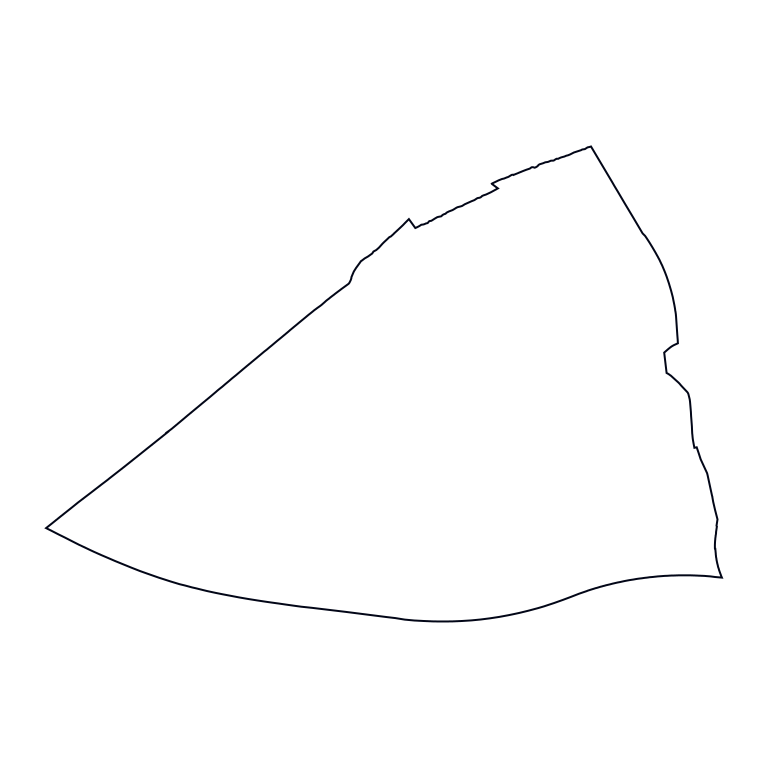 Vlaardingen, Zuid-Holland, Netherlands (Equal Earth projection)
{"feature_id": "6326949B79705923764982", "entity_name": "Vlaardingen", "entity_type": "district", "adm_level": 2, "iso_a3": "NLD", "parent_name": "Netherlands", "parent_adm1": "Zuid-Holland", "projection": "equal_earth", "projection_center": [4.333, 51.923], "detail": "fine", "context": "isolated", "style": "outline", "palette": "ink", "viewbox_px": 768, "rotation_deg": 0, "n_neighbors": 0, "source": "geoboundaries", "source_scale": "gbopen_adm2", "svg_char_len": 6037}
<svg xmlns="http://www.w3.org/2000/svg" viewBox="0 0 768 768"><path d="M46.1,528.1L51.7,530.9L58.9,534.6L64.6,537.4L72.6,541.5L79.1,544.8L85.7,547.9L90.5,550.2L94.6,552.1L101.1,555.0L108.6,558.2L115.3,561.1L122.9,564.2L131.5,567.7L139.9,571.0L146.9,573.5L152.9,575.6L158.9,577.7L164.2,579.4L170.4,581.4L179.6,584.2L184.6,585.4L189.1,586.6L192.0,587.4L196.4,588.4L202.8,590.0L206.9,591.0L210.1,591.7L215.7,592.9L222.2,594.2L229.6,595.6L239.0,597.4L248.3,599.0L257.7,600.5L265.6,601.7L271.9,602.6L278.5,603.5L286.1,604.6L294.6,605.8L301.2,606.7L307.9,607.4L312.5,607.9L345.9,611.9L386.1,617.0L395.5,618.1L404.7,619.6L414.3,620.5L423.8,621.0L433.3,621.4L442.3,621.5L452.3,621.4L461.8,621.0L471.3,620.4L480.7,619.5L490.1,618.3L499.3,616.9L508.5,615.2L513.8,614.1L519.4,612.9L528.4,610.7L538.1,608.1L543.9,606.4L548.1,605.0L553.9,603.1L562.9,599.9L570.9,596.9L579.1,593.7L586.7,591.1L587.9,590.6L589.2,590.2L590.4,589.8L591.7,589.4L593.0,589.0L594.3,588.6L595.5,588.2L596.8,587.9L598.1,587.5L599.4,587.1L600.7,586.7L602.0,586.4L603.3,586.0L604.6,585.7L605.9,585.3L607.2,585.0L609.8,584.4L612.4,583.7L615.0,583.1L617.6,582.5L620.3,582.0L621.6,581.7L624.3,581.1L626.9,580.6L629.6,580.1L632.3,579.7L633.6,579.5L636.3,579.0L639.0,578.6L641.7,578.3L644.4,577.9L647.1,577.6L649.8,577.2L652.5,577.0L655.2,576.7L657.9,576.4L659.3,576.3L662.0,576.1L664.7,575.9L667.4,575.8L670.2,575.6L672.9,575.5L674.3,575.5L677.0,575.4L679.7,575.3L682.5,575.3L685.2,575.3L687.9,575.3L689.3,575.3L695.1,575.5L699.5,575.7L704.3,575.9L710.5,576.4L715.0,577.0L721.9,577.6L721.6,576.9L721.3,576.2L721.0,575.5L720.8,574.8L720.5,574.0L720.2,573.3L720.0,572.6L719.7,571.9L719.5,571.2L719.2,570.5L719.0,569.8L718.8,569.0L718.6,568.3L718.3,567.6L718.1,566.9L717.9,566.1L717.8,565.4L717.6,564.7L717.4,563.9L717.2,563.2L717.1,562.5L716.9,561.8L716.8,561.0L716.6,560.3L716.5,559.6L716.4,558.8L716.3,558.1L716.1,557.3L716.0,556.6L716.0,556.0L715.9,555.4L715.8,554.8L715.8,554.1L715.3,548.8L715.0,548.8L714.9,548.3L714.9,546.8L714.9,544.8L715.0,542.5L715.1,540.9L715.2,539.8L715.3,539.1L715.3,538.4L715.4,537.8L715.5,537.1L715.6,536.5L715.6,535.8L715.8,535.0L715.9,534.3L716.0,533.5L716.1,532.8L716.0,532.4L716.9,526.5L716.5,525.8L717.5,519.4L715.8,512.8L715.1,510.1L713.2,501.9L712.5,497.9L712.3,496.7L712.3,496.4L712.1,496.0L710.7,489.6L709.3,483.1L707.8,476.1L707.7,475.6L707.1,473.2L700.9,459.8L700.6,459.1L698.8,453.5L696.7,447.3L694.4,447.8L693.7,444.2L693.3,442.0L692.9,439.7L692.7,438.2L692.5,436.3L692.4,435.0L692.2,433.4L692.0,429.1L691.9,426.5L691.3,418.6L691.1,416.1L690.9,411.9L690.0,401.4L689.7,399.3L688.4,394.1L688.3,393.9L688.2,393.6L687.9,393.0L687.7,392.6L687.1,391.9L682.1,386.6L681.0,385.4L679.5,383.6L678.4,382.5L675.5,379.9L670.8,375.6L670.4,375.4L669.2,374.5L668.1,373.8L667.6,373.5L666.6,373.0L664.2,352.6L668.2,349.1L670.3,347.4L671.7,346.4L673.4,345.4L674.4,344.9L677.9,343.3L677.7,339.8L677.3,334.8L676.0,315.8L675.9,315.3L675.9,314.7L675.8,313.9L675.7,313.2L675.6,312.5L675.5,311.7L675.3,311.0L675.2,310.2L675.1,309.4L675.0,308.6L674.4,305.2L673.2,299.3L672.8,297.2L671.1,290.7L669.4,285.0L669.0,283.6L666.6,276.5L665.5,273.6L665.2,272.8L664.4,270.8L662.5,266.3L662.1,265.3L661.7,264.6L659.2,259.3L658.6,258.3L657.8,256.7L657.2,255.7L656.6,254.6L655.5,252.6L652.4,247.3L651.6,246.0L649.4,242.4L646.6,238.1L645.1,235.9L642.6,233.4L632.6,216.5L624.8,203.5L620.8,196.7L617.8,191.6L614.3,185.8L612.3,182.3L591.0,146.5L589.8,146.9L587.5,147.4L584.9,149.1L582.2,149.5L581.0,150.2L577.3,151.4L573.9,152.5L570.2,154.4L568.0,155.3L566.3,155.7L564.5,156.5L561.2,157.4L559.7,158.0L558.7,158.5L558.1,158.8L557.6,158.8L556.9,158.7L555.7,159.2L553.8,160.5L553.4,160.6L550.9,160.7L548.3,161.8L547.5,162.0L545.4,162.3L544.8,162.5L543.2,163.2L540.9,163.9L539.6,164.3L538.6,164.9L537.8,165.9L536.8,166.7L535.7,167.3L534.7,167.7L534.3,167.6L533.8,167.4L533.0,167.2L531.9,167.2L531.1,167.6L529.8,168.6L526.5,169.7L523.1,171.0L513.6,174.9L513.5,174.7L512.0,174.8L510.8,175.4L508.7,176.7L507.6,177.2L506.8,177.4L504.2,178.5L502.0,179.0L498.5,180.4L496.7,181.3L492.1,183.5L491.8,183.7L491.9,183.9L497.9,188.4L490.8,192.3L486.1,194.5L483.4,195.4L482.1,196.0L481.3,196.8L480.5,197.4L479.3,197.8L477.9,198.0L477.1,198.3L474.4,200.1L471.6,201.2L464.7,204.3L462.2,205.9L460.7,206.4L457.5,207.2L456.3,207.8L453.9,209.3L452.5,210.1L448.8,211.5L446.5,212.7L445.8,213.5L445.4,213.8L444.6,214.0L443.4,214.5L442.3,215.2L441.8,215.8L441.2,216.3L440.8,216.4L438.2,216.9L437.2,217.2L434.8,218.6L432.3,220.2L431.5,220.7L430.9,220.9L429.8,221.0L429.3,221.2L428.9,221.5L428.0,222.7L427.5,223.1L425.8,223.5L424.3,224.2L422.8,224.6L422.0,224.6L421.2,224.8L420.2,225.5L418.9,226.3L417.3,227.1L415.3,228.0L408.9,219.1L405.0,223.0L403.0,225.1L401.0,227.0L394.0,233.5L393.6,234.0L390.8,236.5L389.4,237.1L386.7,239.7L384.1,242.1L382.5,243.7L379.0,247.6L378.1,248.4L376.3,250.0L373.5,251.5L372.2,253.5L368.0,256.5L364.7,258.4L364.3,258.7L363.8,259.1L361.3,261.0L360.9,261.2L360.6,261.6L360.5,261.8L360.4,262.0L357.2,266.4L356.1,267.9L355.1,269.5L354.2,270.9L353.7,271.8L351.5,277.0L351.4,277.4L351.4,277.8L351.4,278.0L351.1,279.0L350.7,280.2L350.3,281.0L349.9,281.8L349.6,282.4L349.2,283.1L348.9,283.4L348.6,283.8L341.7,288.8L339.9,290.2L338.4,291.3L334.7,294.1L334.0,294.7L332.1,296.1L331.6,296.5L330.3,297.5L329.7,298.0L329.0,298.6L328.5,299.0L327.9,299.4L326.0,300.9L325.8,301.1L324.5,302.3L322.1,304.4L321.8,304.7L320.1,306.0L317.4,307.9L316.6,308.5L315.0,309.7L314.6,309.9L314.4,310.1L313.1,311.2L310.0,313.7L308.7,314.7L301.7,320.5L290.2,330.0L288.3,331.7L280.0,338.6L277.4,340.7L271.6,345.6L269.5,347.3L266.8,349.6L264.2,351.6L260.4,354.8L243.3,369.0L236.0,375.2L231.9,378.5L228.8,381.2L225.3,384.1L222.3,386.7L220.0,388.5L218.5,389.7L216.6,391.3L216.3,391.6L210.3,396.7L202.3,403.3L196.4,408.2L188.3,414.9L183.2,419.2L175.7,425.5L171.6,428.9L169.9,430.2L167.1,432.2L167.5,432.3L125.0,466.2L114.9,474.1L109.4,478.4L107.7,479.8L101.1,484.8L95.4,489.2L90.1,493.3L83.8,498.1L78.3,502.3L70.5,508.6L65.2,512.8L59.8,517.1L51.5,523.8L46.1,528.1Z" fill="none" stroke="#020617" stroke-width="2"/></svg>